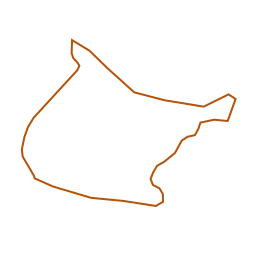 outline of Yumbe, rotated 281°
{"feature_id": "UGA-3086", "entity_name": "Yumbe", "entity_type": "District", "adm_level": 1, "iso_a3": "UGA", "parent_name": "Uganda", "parent_adm1": "", "projection": "robinson", "projection_center": [31.315, 3.455], "detail": "fine", "context": "isolated", "style": "outline", "palette": "amber", "viewbox_px": 256, "rotation_deg": 281, "n_neighbors": 0, "source": "natural_earth", "source_scale": "10m", "svg_char_len": 657}
<svg xmlns="http://www.w3.org/2000/svg" viewBox="0 0 256 256"><g transform="rotate(281 128 128)"><path d="M179.9,68.4L182.8,65.6L183.0,65.4L186.1,61.0L190.7,58.4L203.6,56.3L196.5,75.5L182.9,96.2L164.2,127.3L162.2,158.6L163.4,198.2L180.2,220.3L177.0,228.1L153.9,224.5L152.6,211.0L147.1,198.1L140.0,197.1L133.8,195.0L130.7,188.0L125.8,183.1L112.5,178.9L101.7,169.9L96.5,163.8L88.9,161.1L82.3,159.9L76.9,163.3L74.8,170.4L69.7,174.8L62.3,176.5L56.8,170.3L55.5,137.2L52.4,105.0L56.2,66.0L60.7,46.0L63.0,44.9L70.1,38.7L79.8,30.1L86.6,27.9L99.0,28.0L109.7,29.6L120.0,33.4L141.7,46.7L175.2,67.3L179.9,68.4Z" fill="none" stroke="#b45309" stroke-width="2"/></g></svg>